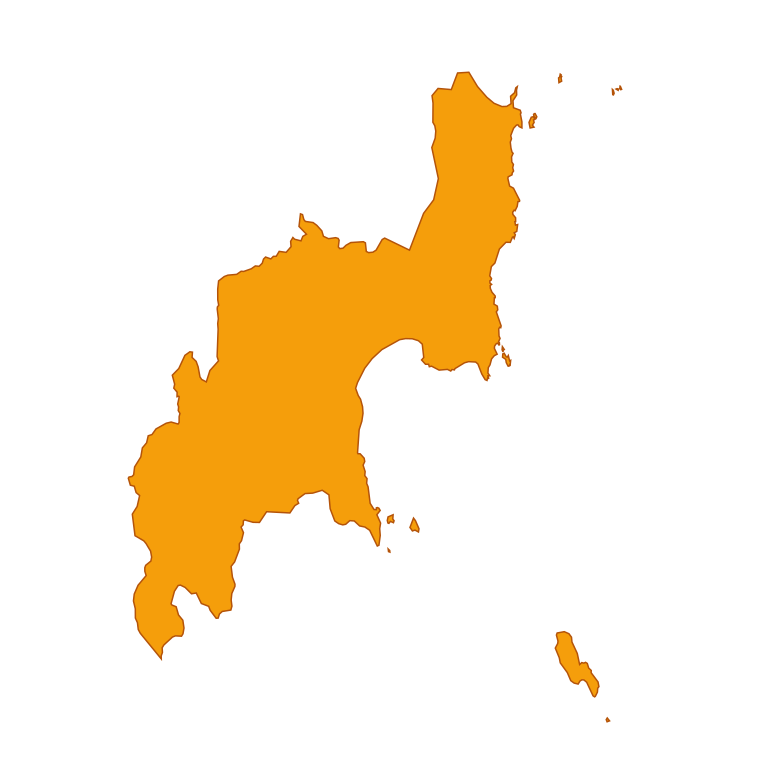 Quy Nhon, Bình Định, Vietnam (Natural Earth projection), rotated 4°
{"feature_id": "81297802B6190272756602", "entity_name": "Quy Nhon", "entity_type": "district", "adm_level": 2, "iso_a3": "VNM", "parent_name": "Vietnam", "parent_adm1": "Bình Định", "projection": "natural_earth1", "projection_center": [109.246, 13.749], "detail": "fine", "context": "isolated", "style": "filled", "palette": "amber", "viewbox_px": 768, "rotation_deg": 4, "n_neighbors": 0, "source": "geoboundaries", "source_scale": "gbopen_adm2", "svg_char_len": 6111}
<svg xmlns="http://www.w3.org/2000/svg" viewBox="0 0 768 768"><g transform="rotate(4 384 384)"><path d="M435.7,68.6L430.6,85.6L417.3,85.4L411.8,93.0L413.3,100.3L414.5,119.5L416.7,122.9L418.0,128.1L417.9,135.2L415.2,144.8L423.9,175.3L420.7,196.8L411.6,211.0L400.1,248.7L374.5,238.4L372.1,240.0L366.8,251.0L363.7,253.3L359.4,254.0L357.1,253.0L355.6,244.5L353.5,243.5L341.0,245.2L336.5,248.2L333.6,251.4L330.4,252.0L328.9,250.5L329.2,243.7L328.1,242.0L325.6,241.4L318.5,242.9L313.3,240.9L311.3,235.6L305.9,230.4L302.0,227.9L294.2,227.3L292.6,225.6L290.9,220.7L288.8,220.1L288.2,232.8L296.2,240.0L292.7,242.4L291.2,247.0L284.7,245.8L282.9,244.2L280.9,248.2L281.7,253.5L277.2,259.5L270.2,259.0L267.6,264.1L264.7,264.4L262.4,267.1L257.0,265.6L255.1,267.8L254.1,272.0L251.2,275.3L247.4,275.2L243.6,278.3L236.2,281.5L233.6,281.5L229.4,284.9L220.7,286.3L217.2,287.9L211.8,292.7L211.5,301.0L212.3,311.7L213.6,317.0L212.4,318.8L212.4,320.9L214.2,330.4L213.9,335.3L214.7,340.9L215.6,368.3L217.3,372.5L209.4,382.7L206.6,394.3L201.8,392.2L199.9,389.7L197.4,379.9L195.0,374.5L190.7,370.9L190.7,365.6L188.1,365.4L183.4,369.3L178.2,382.9L172.2,390.0L175.2,398.8L174.6,402.8L178.2,406.6L178.4,411.1L180.1,410.5L180.6,411.1L179.6,418.4L180.7,421.2L180.6,424.9L182.5,427.6L181.9,430.8L182.3,436.7L181.4,438.3L174.3,436.8L169.5,438.3L159.7,444.7L156.1,450.6L152.4,452.1L151.3,459.2L147.4,464.6L146.5,473.7L141.0,484.1L140.6,492.0L139.1,493.8L136.1,494.6L135.5,495.8L138.0,502.6L142.0,503.4L144.3,509.6L148.0,512.3L146.3,523.4L142.0,531.4L146.2,552.7L155.3,557.2L157.8,559.8L162.8,567.0L164.3,572.9L163.8,576.9L158.9,581.5L158.2,584.0L158.5,587.6L160.1,591.7L152.7,601.9L149.5,611.0L149.2,617.9L151.6,625.6L152.3,634.8L154.7,639.3L156.0,646.1L158.3,649.7L181.0,673.8L180.7,670.8L181.7,667.2L181.1,662.6L182.6,659.7L190.6,651.2L193.5,649.8L199.6,649.7L200.9,647.2L201.5,641.4L199.8,633.7L195.1,628.7L192.2,620.7L187.9,619.3L186.9,618.1L189.4,605.4L192.7,599.4L194.9,598.8L199.8,600.8L206.6,606.7L211.3,605.6L217.1,615.7L224.6,618.0L226.4,621.9L232.9,629.4L234.9,629.1L235.9,624.9L238.5,622.2L247.0,620.2L247.8,616.2L246.6,610.2L246.8,603.6L249.4,596.3L249.3,594.1L246.3,587.3L244.2,576.6L247.4,571.9L251.3,558.8L250.8,553.6L252.8,550.2L254.2,542.1L251.4,536.7L253.3,534.3L253.3,530.3L254.5,529.3L263.0,531.1L269.4,530.8L275.8,519.6L299.1,519.2L303.6,511.5L307.2,508.9L305.8,506.2L306.3,504.4L312.9,498.8L320.6,497.8L329.8,494.3L336.8,498.4L339.0,512.2L344.5,524.1L348.6,526.5L352.7,527.4L355.6,526.6L359.4,522.7L363.9,522.7L369.6,527.3L374.9,528.0L379.9,530.9L388.6,546.1L390.2,545.2L390.8,535.3L389.8,528.6L390.3,523.0L386.0,514.9L389.0,510.4L387.5,508.2L385.9,507.7L385.0,508.1L385.1,509.9L382.8,509.9L378.5,504.0L375.3,487.7L373.6,484.3L373.7,479.6L371.2,476.7L371.3,472.7L368.8,466.4L370.2,462.7L369.4,459.4L365.1,455.3L362.8,455.3L362.4,454.5L362.4,431.3L364.5,422.6L365.1,414.7L364.2,408.2L361.7,400.9L359.1,397.3L356.0,390.3L357.5,384.3L363.7,369.6L370.4,359.5L379.5,349.8L396.5,338.7L402.4,337.2L409.1,336.9L415.3,338.4L419.4,341.6L421.8,354.8L419.8,357.4L424.0,361.4L427.1,361.2L428.0,363.6L430.2,362.9L438.0,366.3L446.3,365.0L449.7,366.4L450.8,364.8L453.3,365.0L453.7,363.7L462.9,357.2L466.9,355.8L473.9,355.7L476.3,357.5L480.8,367.1L484.6,372.6L486.5,373.3L487.0,370.4L488.2,371.5L487.1,368.6L488.9,368.4L486.9,365.8L486.9,360.4L488.4,357.5L489.6,351.4L492.1,348.0L494.8,346.4L491.6,340.7L491.7,338.4L493.3,335.8L494.6,335.5L496.0,337.1L496.5,336.7L496.2,334.6L495.3,334.0L496.6,330.4L495.4,328.1L494.6,321.0L495.5,319.3L496.5,319.7L496.8,317.9L491.0,304.2L492.3,302.1L491.6,298.4L488.1,296.6L488.1,290.2L488.9,290.1L488.8,288.5L485.3,284.9L483.4,281.2L483.0,278.4L484.4,277.1L482.6,275.9L482.4,273.7L483.7,272.8L483.9,271.3L481.9,268.7L482.9,259.4L486.2,255.6L489.7,241.3L495.8,234.1L500.1,233.9L501.9,228.6L503.3,228.0L503.3,229.2L503.7,229.8L504.6,225.9L503.3,224.1L505.8,222.5L506.2,215.6L504.1,216.3L503.2,213.0L504.0,212.8L503.7,209.0L500.7,205.8L500.4,203.6L501.7,201.5L502.7,202.0L504.5,197.5L504.9,192.7L506.4,192.4L506.5,191.3L499.5,179.6L495.5,177.8L493.2,170.2L493.4,168.7L497.1,166.4L497.2,164.5L498.4,162.5L497.3,159.3L497.8,156.0L496.0,153.6L495.4,148.5L496.7,144.9L495.5,143.7L494.2,139.8L493.1,133.9L494.1,130.5L493.1,127.4L495.4,119.9L498.1,116.5L499.5,116.1L500.9,117.8L503.7,118.9L503.3,112.9L501.2,105.1L501.8,104.0L500.8,101.4L493.9,99.4L492.9,92.4L496.2,86.4L495.7,81.6L496.2,78.1L494.8,79.4L493.9,84.3L490.2,88.1L491.2,95.5L487.1,98.5L482.3,99.0L474.2,96.3L466.6,90.8L456.5,80.7L446.9,67.1L435.7,68.6ZM581.1,618.5L574.1,620.3L573.5,622.4L575.5,628.3L575.4,630.7L573.3,635.5L577.9,644.8L579.3,649.9L587.0,659.1L591.0,666.9L594.5,669.1L598.6,669.8L600.2,666.7L602.0,665.3L604.1,665.3L607.0,667.4L614.3,680.5L615.9,681.4L616.6,680.9L618.4,676.5L618.4,672.6L619.5,670.9L618.3,666.3L610.8,657.6L610.7,655.3L608.0,653.1L606.3,648.6L604.5,647.6L602.8,648.5L600.7,648.1L598.7,650.2L595.6,639.3L589.5,628.3L588.7,623.5L585.9,620.2L581.1,618.5ZM428.7,529.2L429.0,526.0L424.9,518.1L422.8,515.7L419.9,525.3L422.6,528.6L425.1,527.6L428.7,529.2ZM504.1,348.4L501.7,344.9L500.4,345.7L500.4,349.0L503.7,350.9L504.5,354.2L506.5,357.5L507.4,357.5L508.0,356.1L508.5,357.3L508.7,351.6L507.7,352.2L506.0,346.9L505.2,348.5L504.1,348.4ZM402.2,518.1L402.2,513.8L397.3,516.3L396.8,519.9L397.6,522.4L398.6,522.7L400.0,520.6L403.1,521.7L403.6,519.7L402.2,518.1ZM516.1,109.5L514.3,106.9L512.3,107.6L510.4,112.9L511.9,118.4L515.7,117.3L514.0,115.4L515.5,112.6L514.7,110.1L516.1,109.5ZM538.9,64.5L539.2,63.3L538.2,62.6L537.8,65.5L536.8,66.5L537.5,71.2L540.1,69.5L539.3,66.3L539.8,64.8L538.9,64.5ZM517.2,108.4L517.8,106.8L515.9,103.7L515.0,103.8L514.4,104.8L515.2,107.0L517.2,108.4ZM630.1,705.4L632.5,704.3L630.0,701.6L629.1,703.3L630.1,705.4ZM501.6,341.2L499.5,338.5L499.4,341.6L500.5,343.7L500.5,342.0L501.6,341.2ZM593.3,77.9L592.2,74.9L591.3,74.2L592.0,79.4L592.7,79.6L593.3,77.9ZM401.6,551.3L401.3,549.7L399.7,548.3L400.2,550.9L401.6,551.3ZM600.5,73.5L599.0,70.5L598.7,70.4L598.6,72.9L599.6,73.9L600.5,73.5ZM597.3,73.4L595.9,73.1L594.9,73.6L597.1,74.7L597.3,73.4Z" fill="#f59e0b" stroke="#b45309" stroke-width="1.5"/></g></svg>